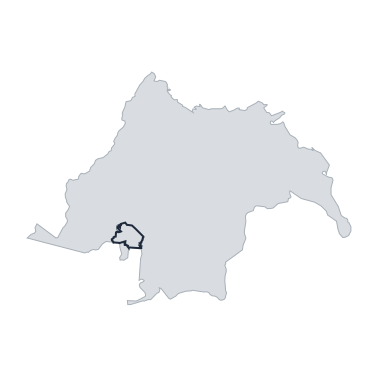 Mitú, Vaupés, Colombia shown in context, rotated 94°
{"feature_id": "7082276B74847859536954", "entity_name": "Mitú", "entity_type": "district", "adm_level": 2, "iso_a3": "COL", "parent_name": "Colombia", "parent_adm1": "Vaupés", "projection": "mercator", "projection_center": [-70.077, 0.972], "detail": "fine", "context": "in_parent", "style": "outline", "palette": "slate", "viewbox_px": 384, "rotation_deg": 94, "n_neighbors": 0, "source": "geoboundaries", "source_scale": "gbopen_adm2", "svg_char_len": 6749}
<svg xmlns="http://www.w3.org/2000/svg" viewBox="0 0 384 384"><g transform="rotate(94 192 192)"><path d="M223.4,42.0L219.2,43.7L211.1,45.8L205.5,55.1L201.7,56.7L197.0,62.1L193.6,68.9L190.9,82.6L184.0,94.2L184.6,94.7L187.3,94.2L189.9,92.9L190.9,93.3L191.8,95.3L195.0,95.8L197.5,105.2L202.3,110.0L202.8,111.8L203.4,115.7L201.7,118.1L201.2,126.6L202.7,128.7L206.3,129.6L208.7,134.9L210.1,136.2L212.3,137.0L217.6,136.2L227.0,137.0L229.2,136.9L234.6,135.0L241.3,137.3L246.2,137.7L259.7,153.7L261.1,153.3L262.8,154.2L266.2,152.6L269.2,152.3L273.0,153.1L278.1,153.1L288.4,151.5L289.9,150.5L295.5,151.5L297.1,152.7L298.0,155.6L297.3,157.5L295.3,159.4L294.3,161.8L294.1,164.7L293.0,166.8L291.2,168.2L290.5,170.2L290.9,172.9L290.0,185.0L290.7,186.0L291.3,190.9L293.7,197.4L294.8,199.2L296.8,200.7L300.4,206.0L299.6,207.8L290.4,216.1L289.9,218.0L291.7,217.2L294.5,218.0L295.5,220.0L302.3,225.7L302.3,227.9L304.2,232.3L303.9,233.2L308.6,245.6L308.8,248.2L304.8,248.9L304.7,240.6L304.1,238.9L299.6,231.6L298.7,231.0L295.7,231.8L290.7,237.3L288.4,238.1L286.5,237.3L284.7,234.1L283.5,233.5L282.3,236.2L283.8,238.6L261.8,238.6L257.5,237.6L251.6,238.8L251.6,251.3L262.0,251.5L264.8,255.1L264.6,258.0L265.0,259.0L262.5,259.6L258.9,257.7L252.4,260.0L247.7,260.6L247.4,274.4L250.2,277.8L255.8,281.5L256.6,284.0L256.2,286.4L257.5,289.3L259.3,290.9L259.3,292.7L260.3,294.7L249.4,353.2L245.5,349.6L244.1,346.4L242.2,345.1L238.5,346.1L234.6,344.4L247.3,324.6L246.9,322.8L236.3,318.0L235.2,316.7L230.1,314.1L227.3,314.9L225.7,316.2L221.9,316.6L218.7,314.5L215.0,313.1L210.6,316.4L209.2,316.4L206.1,317.9L202.7,318.4L198.3,316.9L194.7,318.0L192.2,317.7L191.3,316.7L188.1,315.5L187.7,314.2L188.6,311.7L187.3,306.9L186.7,306.1L184.3,306.0L181.5,304.3L181.0,303.2L181.5,301.2L181.0,299.6L178.3,295.7L174.5,294.7L170.8,291.5L167.1,290.4L165.4,288.1L163.8,282.9L160.0,278.8L157.3,277.4L156.4,275.5L153.7,275.3L149.9,272.7L148.3,272.5L147.1,273.7L143.7,272.4L140.7,270.5L137.7,270.0L135.7,268.8L132.1,265.1L128.2,263.3L125.9,263.9L125.2,266.7L123.9,267.2L119.4,266.5L118.6,267.1L117.4,266.9L112.0,264.9L106.5,264.1L105.2,259.5L101.7,257.8L100.6,255.6L98.2,255.8L88.9,251.6L85.1,248.6L81.8,247.0L78.4,243.7L77.8,242.4L75.2,240.5L76.5,238.0L79.7,236.2L83.8,237.6L84.3,234.7L82.8,232.2L83.6,226.4L84.6,225.1L86.9,223.9L88.3,224.4L89.2,223.4L92.6,223.8L93.6,223.4L96.2,221.1L97.3,219.3L98.5,219.5L101.3,216.3L100.8,213.2L103.4,212.5L106.1,207.4L107.3,207.3L107.9,204.9L112.7,196.4L111.0,197.4L109.1,196.8L109.4,193.9L108.8,193.6L107.3,195.8L105.9,193.6L106.3,190.0L104.1,190.6L104.2,189.8L107.4,187.1L108.6,180.8L107.6,178.6L107.0,169.2L106.4,167.4L103.9,165.1L107.9,162.4L109.4,160.4L107.5,156.2L105.1,152.7L105.1,150.6L106.5,150.8L107.1,145.0L105.7,142.8L104.0,142.7L98.7,134.1L96.8,132.3L98.2,128.2L99.9,126.4L99.5,123.2L100.6,123.4L102.9,126.3L103.8,125.8L107.4,123.1L107.5,120.6L110.4,117.9L106.3,109.1L105.0,107.7L106.6,104.9L107.5,105.0L109.1,107.8L111.7,109.6L115.4,114.5L117.0,115.6L115.8,116.7L115.6,117.9L116.1,118.6L118.3,118.7L119.1,117.4L118.5,111.4L117.6,108.4L115.7,106.3L116.3,105.4L120.1,103.9L128.1,98.2L130.8,92.8L132.9,90.8L135.2,89.6L138.1,89.9L140.3,89.2L141.0,87.5L139.5,83.7L141.2,78.6L141.1,76.0L142.2,74.5L141.9,73.9L139.0,75.7L142.0,72.1L144.0,66.5L155.6,56.8L163.1,59.1L165.5,59.0L162.4,60.2L161.9,61.6L163.0,63.1L164.1,63.5L165.1,62.6L167.6,56.9L168.0,53.7L169.1,52.6L170.7,52.2L178.0,53.6L185.0,53.1L196.4,45.0L205.0,41.5L207.1,38.1L207.7,35.6L209.2,34.6L210.9,34.6L211.8,33.2L215.8,31.0L220.0,30.8L224.5,32.7L226.5,36.1L226.9,38.4L223.4,42.0ZM92.7,222.8L92.2,223.2L91.2,222.5L90.9,221.5L91.5,220.8L92.3,221.0L92.7,222.8Z" fill="#d9dde1" stroke="#a8b0b8" stroke-width="1"/><path d="M247.8,266.7L247.8,260.9L248.0,260.8L245.8,255.0L246.0,255.0L246.2,255.5L246.4,255.7L246.5,255.8L246.8,255.6L247.0,255.6L247.0,255.3L247.2,255.2L247.5,255.1L247.9,255.2L248.0,255.1L248.3,255.1L248.5,255.1L248.6,255.3L248.7,255.2L248.8,255.2L249.1,255.4L249.3,255.3L249.3,255.2L249.1,255.0L249.2,254.9L249.1,254.7L249.1,254.4L249.1,254.2L249.3,254.0L249.5,254.2L249.5,253.9L249.5,253.7L249.6,253.2L249.8,253.0L250.1,252.8L250.2,252.7L250.2,252.4L250.4,252.5L250.6,252.7L250.9,252.5L250.9,252.3L251.0,252.1L251.3,251.9L251.5,251.9L252.3,251.2L252.2,251.2L251.9,250.9L251.7,251.0L251.7,238.7L251.7,238.8L251.4,238.8L251.4,238.7L251.2,238.7L251.1,238.8L251.0,239.0L250.9,239.1L250.8,239.3L250.8,239.2L250.7,239.2L250.7,239.3L250.6,239.2L250.4,239.2L250.4,239.3L250.2,239.4L250.1,239.5L250.1,239.4L250.1,239.5L250.0,239.4L250.0,239.5L249.9,239.5L250.0,239.5L249.9,239.5L249.7,239.6L249.5,239.8L249.5,239.7L249.4,239.7L249.2,239.8L249.0,239.7L249.0,239.8L249.0,239.7L248.9,239.8L248.7,239.7L248.4,239.7L248.2,239.7L248.0,239.8L247.9,239.8L247.7,239.9L247.4,239.9L247.2,240.0L247.1,239.9L247.0,240.0L247.0,239.9L247.0,240.0L246.9,239.9L246.9,240.0L246.7,239.9L246.4,239.8L246.2,239.8L246.2,239.7L245.7,239.4L245.3,239.1L245.2,239.0L244.9,238.9L244.6,238.7L244.3,238.6L244.0,238.6L243.8,238.5L243.6,238.4L243.5,238.1L243.3,238.0L243.1,238.0L242.9,238.1L242.7,238.0L242.4,238.0L242.4,237.9L242.2,237.9L242.0,238.0L241.9,238.0L241.7,238.0L241.5,237.9L241.3,237.9L241.2,237.9L240.6,237.6L240.6,237.4L240.3,237.3L240.0,237.3L232.5,245.9L229.6,249.5L229.3,254.0L229.4,254.3L229.3,254.7L229.1,254.8L227.2,256.5L228.8,260.7L229.0,260.7L228.9,260.6L229.0,260.5L229.2,260.4L229.3,260.2L229.2,260.3L229.3,260.4L229.3,260.5L229.5,260.5L229.5,260.8L229.8,260.7L230.0,260.7L230.0,260.8L230.0,261.0L229.9,261.0L230.0,261.1L229.9,261.1L229.8,261.3L230.4,263.0L230.7,262.9L231.0,262.6L231.0,262.4L230.9,262.3L230.9,262.2L231.1,262.0L231.1,261.8L231.1,261.6L231.3,261.5L231.4,261.3L231.5,261.3L231.8,261.3L231.7,261.4L231.8,261.4L232.0,261.4L231.9,261.5L232.0,261.5L231.9,261.7L232.0,261.7L232.1,261.8L232.0,262.0L231.9,262.0L232.0,262.1L231.9,262.3L231.9,262.5L232.0,262.4L232.3,262.6L232.3,262.8L232.5,262.9L232.6,263.0L232.4,263.4L232.6,263.6L232.8,263.8L232.7,263.8L232.8,263.9L232.7,264.0L232.8,264.0L236.3,260.1L236.4,260.3L236.4,260.5L236.6,260.6L236.6,260.8L236.6,261.0L236.6,261.3L236.7,261.7L237.0,261.7L237.1,261.9L237.1,262.0L237.2,262.3L237.0,262.5L236.9,262.9L236.9,263.0L236.7,263.3L236.7,263.5L236.8,263.7L236.8,263.8L236.9,264.0L237.0,264.0L237.0,264.3L236.9,264.3L237.0,264.5L237.3,264.7L237.5,264.7L237.5,264.8L237.7,265.0L241.7,265.0L241.7,265.3L241.9,265.5L242.0,265.7L242.0,265.9L242.1,266.3L242.3,266.7L242.4,266.9L242.5,267.0L242.8,267.0L243.0,267.1L243.2,266.9L243.3,266.9L243.5,267.0L244.7,268.7L244.9,268.7L245.0,268.7L245.5,268.5L245.8,268.5L246.0,268.3L246.2,268.2L246.3,268.1L246.5,267.9L246.5,267.7L246.8,267.5L246.9,267.4L247.0,267.2L247.3,267.1L247.5,267.1L247.8,266.9L247.7,266.8L247.7,266.7L247.8,266.7Z" fill="none" stroke="#1e293b" stroke-width="2"/></g></svg>